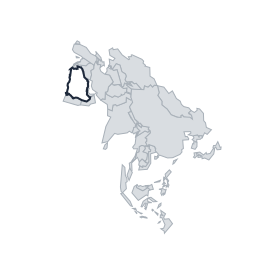 where Saudi Arabia sits in Asia, rotated 38°
{"feature_id": "SAU", "entity_name": "Saudi Arabia", "entity_type": "country or territory", "adm_level": 0, "iso_a3": "SAU", "parent_name": "Asia", "parent_adm1": "", "projection": "natural_earth1", "projection_center": [44.88, 24.248], "detail": "fine", "context": "in_parent", "style": "outline", "palette": "slate", "viewbox_px": 256, "rotation_deg": 38, "n_neighbors": 45, "source": "natural_earth", "source_scale": "50m", "svg_char_len": 16085}
<svg xmlns="http://www.w3.org/2000/svg" viewBox="0 0 256 256"><g transform="rotate(38 128 128)"><path d="M124.7,76.6L122.6,78.0L122.2,80.8L119.2,80.2L118.7,83.5L115.1,84.7L116.9,88.0L116.2,89.6L106.9,87.8L105.9,89.3L102.4,88.9L98.9,92.8L95.9,91.8L94.7,88.3L92.8,87.0L88.5,87.4L83.0,83.4L79.2,84.6L79.6,91.6L76.6,89.6L74.3,90.7L74.2,88.7L70.8,85.3L74.9,84.1L74.8,81.1L69.0,81.9L65.0,78.2L66.6,74.3L68.1,75.4L71.2,72.0L78.4,74.0L86.5,73.7L86.8,72.8L84.4,71.6L86.7,69.7L85.6,68.4L86.2,67.8L96.6,65.3L99.2,65.7L99.9,67.6L103.2,67.8L103.3,68.8L107.9,66.9L113.5,73.6L118.3,73.2L124.7,76.6Z" fill="#d9dde1" stroke="#a8b0b8" stroke-width="1"/><path d="M79.6,91.6L79.2,84.6L83.0,83.4L88.5,87.4L92.8,87.0L94.7,88.3L95.9,91.8L98.3,92.8L102.2,89.7L101.5,91.2L105.6,92.4L103.8,93.8L102.0,93.7L102.0,92.2L100.0,92.7L98.9,95.0L97.7,94.9L98.9,97.6L98.2,99.6L83.5,88.8L81.3,91.5L79.6,91.6Z" fill="#d9dde1" stroke="#a8b0b8" stroke-width="1"/><path d="M222.0,176.0L221.5,188.5L220.1,187.0L215.9,187.2L217.8,185.1L216.7,181.4L209.8,177.8L208.6,178.9L207.0,176.5L209.9,175.3L207.5,175.3L204.6,172.8L210.4,172.5L211.1,176.4L212.8,177.5L216.1,174.3L222.0,176.0ZM195.0,188.1L193.9,190.5L192.3,190.7L193.3,188.9L195.0,188.1ZM210.4,184.3L210.3,182.8L211.0,181.5L211.3,183.0L210.4,184.3ZM183.6,163.1L182.7,164.8L185.5,169.3L183.6,169.5L180.7,178.7L171.0,176.7L168.9,170.2L170.1,167.2L171.5,169.6L176.9,168.7L178.3,168.3L180.3,162.8L183.6,163.1ZM200.2,177.5L204.5,177.0L205.1,178.4L200.2,177.5ZM198.5,178.3L197.4,178.0L197.1,177.1L198.8,177.0L198.5,178.3ZM200.3,166.9L201.6,168.9L200.6,172.8L199.5,169.1L200.3,166.9ZM188.7,168.5L195.9,168.3L193.3,170.6L187.5,170.6L187.3,172.0L188.8,173.7L192.7,172.2L189.7,174.7L192.3,181.3L190.8,181.2L191.6,179.6L189.6,179.8L188.8,176.1L187.7,176.7L187.7,181.6L186.7,181.9L185.1,176.4L186.9,170.7L188.7,168.5ZM187.9,190.2L185.0,189.4L186.5,189.0L187.9,190.2ZM186.6,187.9L190.1,187.3L191.6,186.6L191.3,187.6L186.6,187.9ZM183.4,186.6L185.3,187.7L181.4,188.4L183.4,186.6ZM163.9,182.3L174.7,184.4L179.7,187.1L177.8,187.8L162.7,184.2L163.9,182.3ZM159.8,172.4L164.1,176.9L163.5,182.3L161.7,182.3L158.3,179.1L146.1,160.5L149.8,161.0L155.1,167.0L158.2,168.4L160.4,170.8L159.8,172.4Z" fill="#d9dde1" stroke="#a8b0b8" stroke-width="1"/><path d="M195.1,189.1L196.6,187.2L198.9,187.1L195.1,189.1Z" fill="#d9dde1" stroke="#a8b0b8" stroke-width="1"/><path d="M48.5,107.0L47.1,109.7L46.9,114.3L45.9,111.0L47.3,107.4L48.5,107.0Z" fill="#d9dde1" stroke="#a8b0b8" stroke-width="1"/><path d="M49.8,105.2L47.4,107.4L49.5,104.5L49.8,105.2Z" fill="#d9dde1" stroke="#a8b0b8" stroke-width="1"/><path d="M48.0,108.7L47.0,110.7L47.4,108.4L48.0,108.7Z" fill="#d9dde1" stroke="#a8b0b8" stroke-width="1"/><path d="M48.0,108.7L53.2,106.8L53.7,109.2L50.3,110.4L51.8,112.3L48.7,114.9L46.9,114.3L48.0,108.7Z" fill="#d9dde1" stroke="#a8b0b8" stroke-width="1"/><path d="M73.5,124.4L77.4,124.7L81.0,121.6L79.1,127.8L74.2,126.8L73.5,124.4Z" fill="#d9dde1" stroke="#a8b0b8" stroke-width="1"/><path d="M72.2,123.5L72.1,122.1L73.0,120.8L73.5,122.6L72.2,123.5Z" fill="#d9dde1" stroke="#a8b0b8" stroke-width="1"/><path d="M66.5,113.2L68.3,116.1L65.4,115.1L66.5,113.2Z" fill="#d9dde1" stroke="#a8b0b8" stroke-width="1"/><path d="M53.7,109.2L53.2,106.8L56.6,104.8L57.1,101.1L59.5,99.1L62.5,99.5L64.6,102.4L63.5,105.7L66.6,108.6L68.6,113.5L62.4,114.9L53.7,109.2Z" fill="#d9dde1" stroke="#a8b0b8" stroke-width="1"/><path d="M79.4,127.4L81.2,123.1L86.9,128.2L83.8,132.2L83.6,134.7L76.2,139.1L74.3,134.6L79.2,132.6L80.2,128.8L79.4,127.4ZM81.3,120.5L80.7,120.9L81.1,120.3L81.3,120.5Z" fill="#d9dde1" stroke="#a8b0b8" stroke-width="1"/><path d="M157.7,147.7L158.1,143.7L163.2,144.4L163.8,143.1L165.8,145.1L165.7,147.4L163.1,148.9L163.9,150.0L159.3,150.6L157.7,147.7Z" fill="#d9dde1" stroke="#a8b0b8" stroke-width="1"/><path d="M161.8,143.7L158.1,143.7L157.7,147.7L153.5,145.3L152.4,153.3L157.4,159.1L155.8,160.1L150.7,155.0L152.8,148.2L150.1,142.0L151.2,140.0L148.3,135.6L149.6,133.2L152.5,131.8L154.5,133.7L154.5,137.4L157.9,135.9L160.5,137.6L162.2,141.2L161.8,143.7Z" fill="#d9dde1" stroke="#a8b0b8" stroke-width="1"/><path d="M165.3,143.8L161.8,143.7L162.2,141.2L159.1,136.0L154.5,137.4L154.5,133.7L152.5,131.8L155.1,130.4L154.6,128.2L157.4,131.2L159.4,131.2L160.2,132.8L158.8,134.0L165.0,140.5L165.3,143.8Z" fill="#d9dde1" stroke="#a8b0b8" stroke-width="1"/><path d="M152.5,131.8L149.6,133.2L148.3,135.6L151.2,140.0L150.1,142.0L152.8,148.2L151.3,152.0L150.9,145.9L148.2,138.5L145.4,140.9L143.5,140.3L143.4,136.1L139.6,129.8L143.2,119.9L146.3,119.0L146.3,116.7L148.7,118.1L147.7,125.1L149.4,124.8L151.0,126.9L150.7,128.5L153.9,129.1L152.5,131.8Z" fill="#d9dde1" stroke="#a8b0b8" stroke-width="1"/><path d="M160.7,150.9L163.9,150.0L163.1,148.9L165.7,147.4L165.5,141.9L158.8,134.0L160.2,132.8L159.4,131.2L157.4,131.2L155.4,127.9L160.3,126.2L165.1,129.6L161.7,134.4L167.6,141.7L168.6,148.7L162.3,154.5L160.7,150.9Z" fill="#d9dde1" stroke="#a8b0b8" stroke-width="1"/><path d="M192.4,89.5L191.9,92.4L189.2,94.5L191.0,97.2L185.7,97.7L186.1,95.2L184.1,94.2L185.0,93.0L187.0,90.6L189.3,91.3L188.7,90.3L191.1,88.4L192.4,89.5Z" fill="#d9dde1" stroke="#a8b0b8" stroke-width="1"/><path d="M188.2,98.4L191.1,96.7L193.8,100.2L194.0,103.5L190.3,104.9L188.6,100.4L189.7,100.0L188.2,98.4Z" fill="#d9dde1" stroke="#a8b0b8" stroke-width="1"/><path d="M125.2,76.5L131.1,73.7L138.9,75.7L140.1,71.4L148.0,75.0L152.6,74.7L155.5,76.5L158.7,76.8L163.5,74.7L167.0,75.4L167.0,79.4L170.2,78.8L173.3,80.7L165.2,84.9L162.7,84.4L162.2,85.6L163.3,86.9L161.6,88.6L153.9,91.0L147.2,89.0L140.4,88.9L138.3,86.0L131.4,84.0L130.8,81.0L125.2,76.5Z" fill="#d9dde1" stroke="#a8b0b8" stroke-width="1"/><path d="M146.3,116.7L146.3,119.0L143.2,119.9L140.1,128.7L139.0,125.6L138.4,126.9L137.4,125.9L139.1,123.0L135.1,122.5L132.7,120.2L132.3,121.5L133.5,122.5L132.3,123.9L133.3,124.5L134.0,129.4L131.0,129.7L130.4,132.3L123.8,139.3L120.8,140.5L120.4,151.2L116.7,155.8L109.6,140.3L107.7,130.0L104.3,130.9L100.3,125.5L104.9,124.2L102.1,119.2L103.8,117.2L105.6,117.4L110.6,108.9L107.9,105.0L112.7,104.3L114.0,102.7L115.9,105.0L116.2,110.4L120.2,113.0L118.8,115.7L124.1,118.4L131.9,120.3L132.7,117.0L133.0,118.9L134.6,119.7L138.2,119.4L137.5,117.6L144.1,114.4L144.6,116.4L146.3,116.7Z" fill="#d9dde1" stroke="#a8b0b8" stroke-width="1"/><path d="M139.0,125.6L139.8,131.3L138.0,127.3L136.5,127.2L136.3,129.1L134.2,128.7L132.3,123.9L133.5,122.5L132.3,121.5L132.7,120.2L135.1,122.5L139.1,123.0L137.4,125.9L138.4,126.9L139.0,125.6Z" fill="#d9dde1" stroke="#a8b0b8" stroke-width="1"/><path d="M137.5,117.6L138.2,119.4L133.0,118.9L134.7,116.6L137.5,117.6Z" fill="#d9dde1" stroke="#a8b0b8" stroke-width="1"/><path d="M131.7,117.4L131.9,120.3L130.6,120.3L118.8,115.7L120.8,112.5L128.0,116.8L131.7,117.4Z" fill="#d9dde1" stroke="#a8b0b8" stroke-width="1"/><path d="M114.0,102.7L112.7,104.3L107.9,105.0L110.6,108.9L105.6,117.4L103.8,117.2L102.1,119.2L104.9,124.2L100.3,125.5L97.2,122.2L89.4,122.8L90.0,120.6L92.2,119.6L88.1,113.7L90.8,114.6L96.8,113.5L97.6,110.8L101.2,109.7L104.5,100.8L109.6,99.6L111.4,102.0L114.0,102.7Z" fill="#d9dde1" stroke="#a8b0b8" stroke-width="1"/><path d="M93.4,99.6L100.3,99.5L102.6,97.0L104.5,100.3L106.6,98.9L109.6,99.6L103.7,101.6L104.4,103.4L103.4,105.6L101.9,105.6L102.6,106.8L101.2,109.7L97.6,110.8L96.8,113.5L90.8,114.6L88.1,113.7L89.5,111.9L87.3,107.6L88.1,102.4L90.9,102.9L93.4,99.6Z" fill="#d9dde1" stroke="#a8b0b8" stroke-width="1"/><path d="M98.2,99.6L98.9,97.6L97.7,94.9L102.0,92.2L102.6,93.6L100.4,95.0L106.8,95.2L109.2,99.0L104.5,100.3L102.6,97.0L100.3,99.5L98.2,99.6Z" fill="#d9dde1" stroke="#a8b0b8" stroke-width="1"/><path d="M102.2,89.7L105.9,89.3L106.9,87.8L116.2,89.6L106.8,95.2L100.4,95.0L100.4,93.9L105.6,92.4L101.5,91.2L102.2,89.7Z" fill="#d9dde1" stroke="#a8b0b8" stroke-width="1"/><path d="M74.3,90.7L76.6,89.6L78.8,91.7L81.3,91.5L83.5,88.8L96.1,98.0L96.2,99.1L94.9,98.6L89.7,103.2L88.1,102.4L87.9,100.8L81.9,97.9L76.7,99.4L76.5,96.1L74.6,94.0L74.9,92.4L77.7,92.3L76.1,90.0L74.8,91.9L74.3,90.7Z" fill="#d9dde1" stroke="#a8b0b8" stroke-width="1"/><path d="M68.6,113.5L66.6,108.6L63.5,105.7L64.6,102.4L61.7,98.0L61.5,95.2L64.6,96.5L67.6,94.9L69.4,98.7L71.9,100.1L76.6,99.9L80.8,97.7L87.9,100.8L87.3,107.6L89.5,111.9L88.1,113.7L92.2,119.6L90.0,120.6L89.4,122.8L82.8,121.6L82.1,119.2L76.5,119.5L73.3,117.5L71.0,113.0L68.6,113.5Z" fill="#d9dde1" stroke="#a8b0b8" stroke-width="1"/><path d="M48.3,108.1L49.8,105.2L48.7,102.9L50.1,100.2L58.8,99.4L57.1,101.1L56.6,104.8L50.0,108.9L48.3,108.1Z" fill="#d9dde1" stroke="#a8b0b8" stroke-width="1"/><path d="M65.2,96.4L60.8,93.6L60.7,92.0L63.7,92.5L65.2,96.4Z" fill="#d9dde1" stroke="#a8b0b8" stroke-width="1"/><path d="M62.5,99.5L50.1,100.2L49.1,102.1L49.2,100.5L47.0,100.2L39.1,101.5L36.0,100.5L34.0,95.1L38.9,91.7L45.5,90.2L52.8,92.3L59.3,91.0L62.6,94.6L61.5,95.2L62.5,99.5ZM34.3,90.6L37.1,90.2L38.5,91.6L34.4,93.8L34.3,90.6Z" fill="#d9dde1" stroke="#a8b0b8" stroke-width="1"/><path d="M123.7,156.6L123.5,158.6L121.4,159.6L120.2,155.3L120.9,152.2L123.7,156.6Z" fill="#d9dde1" stroke="#a8b0b8" stroke-width="1"/><path d="M168.1,136.1L166.5,133.8L169.9,132.5L169.4,135.2L168.1,136.1ZM106.8,95.2L116.9,88.0L115.1,84.7L118.7,83.5L119.2,80.2L122.2,80.8L122.6,78.0L125.2,76.5L130.8,81.0L131.4,84.0L138.3,86.0L140.4,88.9L147.2,89.0L153.9,91.0L160.0,89.3L163.3,86.9L162.2,85.6L162.7,84.4L165.2,84.9L170.1,81.4L173.4,81.4L170.2,78.8L166.4,78.6L167.0,75.4L170.7,74.9L171.6,71.5L170.2,70.1L172.7,68.9L178.4,70.0L183.1,75.6L185.9,76.2L189.4,79.3L194.8,78.0L194.3,84.3L191.3,84.6L192.4,89.5L191.1,88.4L188.7,90.3L189.3,91.3L187.0,90.6L184.1,94.2L179.7,96.2L180.7,93.3L179.6,92.3L174.4,96.5L178.5,99.5L179.9,98.2L182.4,99.0L182.9,100.0L178.6,103.9L184.3,110.1L183.6,112.0L185.3,113.7L185.2,116.8L181.5,123.9L177.5,127.3L169.6,129.9L169.3,132.0L168.4,132.1L168.1,129.9L163.4,129.1L162.7,127.2L160.3,126.2L154.6,128.2L155.1,130.4L150.7,128.5L151.0,126.9L149.4,124.8L147.7,125.1L148.7,118.1L147.3,116.5L144.6,116.4L144.1,114.4L138.7,117.4L134.7,116.6L133.0,118.5L132.7,117.0L128.0,116.8L116.2,110.4L115.9,105.0L111.4,102.0L106.8,95.2Z" fill="#d9dde1" stroke="#a8b0b8" stroke-width="1"/><path d="M185.9,122.4L186.1,127.2L185.6,128.8L184.1,125.8L185.9,122.4Z" fill="#d9dde1" stroke="#a8b0b8" stroke-width="1"/><path d="M65.0,90.5L67.2,91.9L68.3,90.6L71.1,93.6L69.9,93.7L68.9,97.3L67.6,94.9L65.2,96.4L63.8,94.3L62.8,91.7L65.2,92.0L65.0,90.5ZM64.6,96.5L63.6,96.2L62.6,94.6L64.0,95.1L64.6,96.5Z" fill="#d9dde1" stroke="#a8b0b8" stroke-width="1"/><path d="M55.3,87.5L63.6,89.3L65.4,91.8L57.7,91.1L57.5,89.0L55.3,87.5Z" fill="#d9dde1" stroke="#a8b0b8" stroke-width="1"/><path d="M188.4,147.6L186.7,145.2L188.7,146.0L188.4,147.6ZM191.7,153.7L191.4,150.2L192.1,151.3L193.2,149.5L191.7,153.7ZM195.6,152.3L197.7,157.3L197.2,159.0L196.5,157.1L195.8,158.0L196.0,160.3L194.0,159.2L192.8,156.0L190.1,157.2L192.5,154.4L195.8,153.8L195.6,152.3ZM186.1,150.8L182.1,155.0L185.7,149.2L186.1,150.8ZM189.1,136.0L188.9,143.5L192.6,144.6L193.0,147.0L191.0,145.0L187.1,144.5L187.6,143.2L185.7,141.5L186.4,135.5L189.1,136.0ZM189.9,151.0L189.5,148.2L191.6,148.8L189.9,151.0ZM195.4,147.7L196.0,149.9L194.7,149.3L194.5,151.6L193.3,146.9L195.4,147.7Z" fill="#d9dde1" stroke="#a8b0b8" stroke-width="1"/><path d="M154.0,158.6L158.8,160.4L161.1,168.6L156.3,165.7L154.0,158.6ZM183.6,163.1L180.3,162.8L178.3,168.3L171.5,169.6L170.3,168.5L170.1,167.2L172.6,167.5L172.9,165.9L175.6,165.1L177.5,162.4L179.4,162.8L181.5,157.8L185.7,160.7L183.6,163.1Z" fill="#d9dde1" stroke="#a8b0b8" stroke-width="1"/><path d="M179.5,160.6L179.4,162.8L178.3,163.4L177.5,162.4L179.5,160.6Z" fill="#d9dde1" stroke="#a8b0b8" stroke-width="1"/><path d="M211.5,95.6L211.4,103.4L207.0,104.4L205.3,106.6L203.6,104.5L197.6,105.8L199.5,107.2L199.2,110.5L197.5,110.6L197.5,108.9L195.4,107.0L199.4,102.8L204.1,102.7L204.7,99.2L206.0,100.2L208.4,97.5L207.8,91.8L209.3,91.4L211.5,95.6ZM212.4,86.5L213.1,85.7L214.3,87.8L211.6,90.3L208.8,89.0L208.7,91.0L207.0,91.1L206.2,89.2L207.9,87.6L207.2,83.5L212.4,86.5ZM200.0,106.6L201.9,104.9L203.5,106.0L201.3,108.1L200.0,106.6Z" fill="#d9dde1" stroke="#a8b0b8" stroke-width="1"/><path d="M74.3,134.6L76.2,139.1L74.6,141.1L60.4,146.8L59.0,141.8L60.3,137.3L66.2,138.5L69.6,135.3L74.3,134.6Z" fill="#d9dde1" stroke="#a8b0b8" stroke-width="1"/><path d="M46.7,102.4L44.1,104.5L43.0,103.5L46.7,102.4Z" fill="#d9dde1" stroke="#a8b0b8" stroke-width="1"/><path d="M74.3,134.6L73.9,134.6L73.5,134.7L73.1,134.7L72.6,134.8L72.2,134.9L71.6,135.0L71.1,135.1L70.6,135.1L70.1,135.2L69.7,135.3L69.2,135.5L68.8,135.8L68.3,136.0L68.1,136.2L67.8,136.5L67.7,136.7L67.5,137.0L67.3,137.3L67.1,137.5L67.0,137.8L66.9,138.2L66.8,138.3L66.6,138.4L66.4,138.5L66.1,138.5L66.0,138.3L65.8,138.0L65.7,137.9L65.4,137.9L65.0,138.0L64.7,137.9L64.2,137.9L63.8,137.8L63.6,137.8L63.3,137.6L63.2,137.6L62.8,137.6L62.5,137.6L62.2,137.6L61.8,137.6L61.5,137.6L61.4,137.7L61.2,137.8L61.0,137.7L60.9,137.7L60.7,137.6L60.5,137.4L60.4,137.4L60.2,137.5L59.9,137.7L59.9,137.8L60.0,137.9L59.9,138.0L59.8,138.3L59.8,138.5L59.9,138.8L59.9,139.0L59.7,139.2L59.7,139.3L59.3,139.6L59.2,139.2L59.1,138.9L58.9,138.7L58.8,138.3L58.6,138.2L58.5,137.9L58.5,137.6L58.1,137.1L57.6,136.7L57.4,136.5L57.2,136.0L57.1,135.6L56.8,135.2L56.7,135.0L56.7,134.8L56.6,134.6L56.6,134.4L56.2,133.6L56.1,133.3L56.0,133.2L55.8,133.0L55.6,132.6L54.9,132.1L54.6,132.1L54.3,131.9L54.1,131.6L54.0,131.2L53.6,130.8L53.3,130.1L53.4,129.9L53.4,129.7L53.3,129.4L53.2,129.2L53.2,128.7L53.2,128.4L53.3,128.2L53.3,127.6L53.2,127.4L53.1,127.2L52.9,126.9L52.8,126.5L52.7,126.3L52.5,125.8L52.4,125.5L52.1,125.1L51.8,124.8L51.6,124.7L51.3,124.6L51.2,124.4L50.9,124.4L50.7,124.0L50.6,123.7L50.3,123.3L50.4,123.2L50.5,123.1L50.4,122.8L50.4,122.7L50.3,122.4L49.9,121.7L49.7,121.5L49.6,121.2L49.3,120.9L48.9,119.9L48.6,119.6L48.5,119.4L48.3,119.0L48.1,118.6L47.8,118.3L47.6,117.7L47.2,117.1L46.7,117.0L46.5,116.9L46.3,117.1L46.3,116.9L46.4,116.7L46.6,116.2L46.6,115.8L46.9,114.6L47.3,114.6L47.5,114.7L47.9,114.8L48.4,114.8L48.6,114.9L49.0,114.6L49.4,114.3L49.5,114.0L49.7,113.7L49.8,113.6L50.1,113.5L50.5,113.4L50.9,113.3L51.0,113.3L51.1,113.1L51.2,112.7L51.3,112.7L51.6,112.5L51.8,112.4L51.5,112.0L51.3,111.7L51.0,111.4L50.8,111.1L50.4,110.7L50.2,110.5L50.6,110.3L51.0,110.2L51.5,110.1L52.0,109.9L52.4,109.8L53.1,109.6L53.4,109.5L53.7,109.2L54.0,109.3L54.5,109.4L55.1,109.5L55.6,109.6L55.8,109.7L56.3,110.0L56.6,110.2L57.0,110.5L57.5,110.8L57.8,111.0L58.3,111.2L58.6,111.6L59.0,111.9L59.5,112.4L59.9,112.7L60.4,113.2L60.9,113.6L61.5,114.1L61.9,114.4L62.4,114.9L63.0,114.9L63.7,115.0L64.4,115.1L65.1,115.1L65.3,115.1L65.6,115.1L66.0,115.2L66.3,115.2L66.8,115.3L66.9,115.6L67.0,115.8L67.0,116.0L67.5,116.2L67.8,116.2L68.1,116.1L68.4,116.1L68.5,116.3L68.5,116.5L68.7,116.9L68.9,117.3L69.0,117.4L69.0,117.6L69.1,117.9L69.4,118.1L69.5,118.1L69.6,118.3L69.7,118.5L69.9,118.8L70.2,118.8L70.4,119.2L70.9,119.5L71.1,119.8L71.0,119.7L70.9,119.7L70.9,119.9L71.0,120.0L71.2,120.3L71.3,120.5L71.2,120.9L71.1,121.1L71.1,121.4L71.2,121.5L71.3,121.8L71.7,122.2L71.8,122.4L71.8,122.8L72.0,123.1L72.2,123.4L72.3,123.6L72.4,123.8L72.5,123.8L72.8,123.8L73.0,123.7L73.1,123.8L73.2,124.0L73.1,124.3L73.3,124.3L73.5,124.4L73.5,124.7L73.5,124.8L73.7,125.0L73.8,125.1L73.9,125.4L74.0,125.5L74.3,125.9L74.4,126.0L74.5,126.1L74.7,126.4L74.8,126.5L75.0,126.9L75.1,127.0L75.3,127.0L75.6,127.0L75.9,127.1L76.1,127.1L76.5,127.2L76.8,127.2L77.2,127.3L77.5,127.3L77.9,127.4L78.2,127.4L78.5,127.5L78.8,127.5L79.1,127.6L79.3,127.6L79.4,127.4L79.5,127.6L79.6,127.8L79.7,128.1L79.9,128.3L80.0,128.6L80.1,128.8L80.1,129.0L80.0,129.4L79.9,129.6L79.9,129.8L79.8,130.0L79.7,130.5L79.6,130.9L79.5,131.1L79.5,131.3L79.4,131.5L79.3,132.0L79.2,132.4L79.1,132.6L78.7,132.8L78.4,132.9L78.1,133.0L77.8,133.1L77.6,133.3L77.3,133.4L77.0,133.5L76.7,133.6L76.2,133.8L75.9,133.9L75.6,134.0L75.3,134.1L75.1,134.3L74.8,134.4L74.5,134.5L74.3,134.6ZM58.0,139.0L58.0,138.9L58.3,139.0L58.2,139.2L57.9,139.1L57.7,138.8L57.6,138.7L57.8,138.6L57.8,138.4L57.9,138.5L57.9,138.8L58.0,139.0ZM49.9,122.2L49.7,122.1L49.3,121.8L49.3,121.7L49.4,121.8L49.6,121.9L49.9,122.2L50.0,122.2L49.9,122.2ZM49.4,121.6L49.3,121.4L49.4,121.5L49.4,121.6Z" fill="none" stroke="#1e293b" stroke-width="2"/></g></svg>